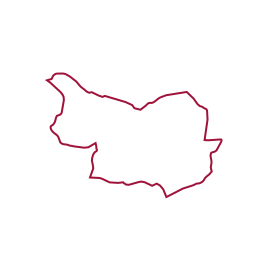 map outline of Tongsa (Mercator projection), rotated 303°
{"feature_id": "BTN-2486", "entity_name": "Tongsa", "entity_type": "District", "adm_level": 1, "iso_a3": "BTN", "parent_name": "Bhutan", "parent_adm1": "", "projection": "mercator", "projection_center": [90.459, 27.451], "detail": "fine", "context": "isolated", "style": "outline", "palette": "rose", "viewbox_px": 256, "rotation_deg": 303, "n_neighbors": 0, "source": "natural_earth", "source_scale": "10m", "svg_char_len": 1879}
<svg xmlns="http://www.w3.org/2000/svg" viewBox="0 0 256 256"><g transform="rotate(303 128 128)"><path d="M103.3,64.1L104.6,64.1L116.3,59.1L119.0,57.1L120.4,54.8L121.4,51.7L123.7,38.2L123.9,34.1L126.0,35.8L126.7,36.6L127.4,37.2L128.2,37.2L129.1,37.0L130.3,36.8L131.7,36.9L133.1,37.4L134.3,38.1L135.0,38.9L138.0,43.4L138.6,44.5L139.1,45.8L139.4,48.3L139.5,51.8L138.8,59.4L136.9,65.6L136.7,67.3L136.6,69.6L136.1,73.0L136.2,75.2L136.5,76.4L137.7,77.4L138.3,78.3L139.3,86.2L140.3,89.8L142.3,91.1L148.4,111.7L149.5,119.0L148.1,122.6L150.1,128.5L156.4,130.7L159.0,131.3L160.1,131.8L160.9,132.5L162.0,134.3L163.3,135.3L165.7,136.3L169.1,137.4L171.0,138.3L176.2,142.1L190.2,157.6L188.4,167.0L186.0,173.0L185.5,176.2L186.1,178.2L186.2,179.3L186.2,180.2L186.1,180.9L186.2,181.7L186.3,182.5L186.4,183.5L185.7,184.8L178.4,190.1L159.6,198.8L161.4,202.0L168.7,211.7L169.1,212.6L168.6,213.2L167.1,213.7L157.6,214.4L156.1,214.0L154.9,213.2L153.8,212.2L152.6,211.3L151.2,211.6L149.3,212.6L146.0,215.8L144.1,217.1L140.0,218.9L137.1,221.9L133.4,221.4L129.6,220.2L128.1,219.9L126.6,219.9L125.5,220.0L124.5,219.9L123.3,219.6L122.1,219.0L120.6,218.1L118.7,215.8L115.4,213.8L107.1,207.0L91.0,197.8L95.8,190.9L97.2,186.2L97.0,182.4L92.7,179.7L91.6,171.5L90.5,168.7L88.7,166.6L80.9,159.7L79.9,158.0L79.4,156.7L79.6,155.7L79.5,154.6L79.8,153.5L76.5,149.5L72.4,142.2L71.2,133.3L70.4,131.0L65.8,123.1L75.0,120.9L76.6,119.8L81.0,115.5L83.3,114.3L86.7,113.3L88.7,113.2L90.1,113.5L91.5,114.2L92.3,114.1L92.9,113.6L93.8,112.5L95.0,111.7L97.7,109.0L90.2,105.2L87.5,101.8L83.0,92.3L82.5,90.9L81.4,88.4L81.3,87.6L81.0,86.5L80.5,85.2L79.3,82.8L78.9,81.2L79.0,79.2L82.4,74.6L83.2,72.8L83.7,67.6L84.2,65.8L84.8,64.5L85.8,63.2L86.7,62.5L87.7,62.4L88.5,62.7L89.4,63.2L90.4,63.4L91.3,63.5L92.8,63.4L95.0,62.9L96.8,62.2L98.2,61.9L99.5,61.8L102.1,63.7L103.3,64.1Z" fill="none" stroke="#9f1239" stroke-width="2"/></g></svg>